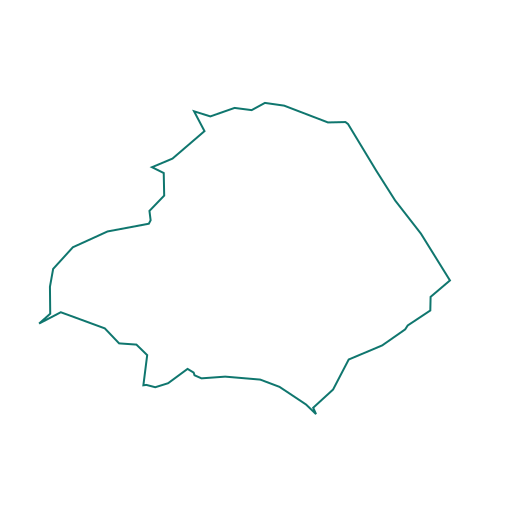 Stafford, Virginia, United States of America, rotated 104°
{"feature_id": "52423323B30629094750441", "entity_name": "Stafford", "entity_type": "district", "adm_level": 2, "iso_a3": "USA", "parent_name": "United States of America", "parent_adm1": "Virginia", "projection": "orthographic", "projection_center": [-77.434, 38.418], "detail": "fine", "context": "isolated", "style": "outline", "palette": "teal", "viewbox_px": 512, "rotation_deg": 104, "n_neighbors": 0, "source": "geoboundaries", "source_scale": "gbopen_adm2", "svg_char_len": 809}
<svg xmlns="http://www.w3.org/2000/svg" viewBox="0 0 512 512"><g transform="rotate(104 256 256)"><path d="M268.1,406.0L291.8,435.8L317.6,449.7L335.7,448.5L361.8,441.7L374.0,450.1L357.8,431.8L362.8,385.2L373.9,367.7L370.9,350.6L378.5,337.6L408.7,334.0L407.6,331.2L407.7,322.0L400.7,310.5L382.1,295.1L384.2,288.3L386.6,286.8L387.9,279.3L380.5,256.7L374.9,222.0L377.3,201.5L388.0,171.5L394.9,159.5L389.4,163.8L366.9,148.9L334.0,141.0L312.2,111.9L291.1,93.5L286.7,92.0L266.7,73.7L253.4,76.7L232.8,61.9L194.4,101.4L168.5,134.4L144.0,160.1L105.7,198.6L104.4,201.6L109.0,218.5L103.3,265.1L105.3,284.4L115.5,295.5L117.5,312.6L131.6,334.1L130.6,351.1L147.3,336.2L181.7,360.6L195.0,378.4L197.8,365.6L219.6,359.7L238.0,370.3L246.8,366.9L250.6,367.8L268.1,406.0Z" fill="none" stroke="#0f766e" stroke-width="2"/></g></svg>